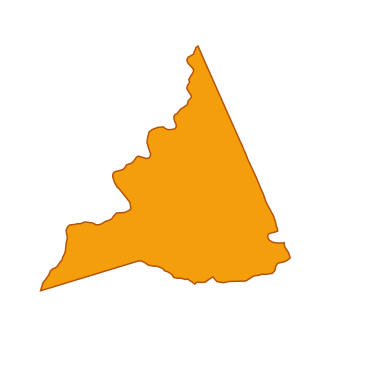 outline of Abel Figueiredo, Pará, Brazil, rotated 288°
{"feature_id": "56859067B3237118646317", "entity_name": "Abel Figueiredo", "entity_type": "district", "adm_level": 2, "iso_a3": "BRA", "parent_name": "Brazil", "parent_adm1": "Pará", "projection": "robinson", "projection_center": [-48.422, -4.963], "detail": "fine", "context": "isolated", "style": "filled", "palette": "amber", "viewbox_px": 384, "rotation_deg": 288, "n_neighbors": 0, "source": "geoboundaries", "source_scale": "gbopen_adm2", "svg_char_len": 2272}
<svg xmlns="http://www.w3.org/2000/svg" viewBox="0 0 384 384"><g transform="rotate(288 192 192)"><path d="M332.7,152.6L330.7,151.1L328.3,151.2L325.8,150.7L323.8,151.0L318.7,146.5L315.9,146.3L314.2,147.4L312.8,149.0L310.4,153.7L308.6,155.9L306.1,156.1L298.0,154.1L296.2,155.6L294.3,155.5L292.0,154.8L288.8,155.1L286.6,157.5L284.0,160.9L281.8,162.2L277.6,160.2L273.4,160.5L267.3,155.6L261.8,153.4L260.2,151.8L258.0,151.5L255.5,152.6L253.7,153.8L251.8,155.7L249.2,157.0L246.6,156.0L244.5,151.9L243.9,149.5L244.0,147.3L245.0,144.6L243.2,140.1L240.3,136.2L238.5,134.4L235.8,132.6L229.9,133.0L225.1,133.9L220.7,136.8L215.8,140.7L213.4,141.2L210.9,140.5L209.8,138.3L209.5,129.8L207.8,128.4L202.8,126.8L200.6,125.4L199.2,123.6L197.7,121.4L195.7,120.9L193.8,120.4L192.0,119.3L189.1,115.1L187.9,112.9L186.3,111.5L184.0,111.3L181.8,112.0L176.9,115.6L173.6,119.3L172.2,122.3L163.4,135.5L161.6,137.0L159.4,137.9L157.5,139.0L155.6,138.4L151.9,134.6L150.9,132.3L148.6,126.6L144.3,124.7L141.8,124.0L140.0,122.4L137.1,118.6L133.9,115.9L131.7,113.0L131.2,110.5L131.7,108.3L131.7,106.1L130.8,101.3L130.2,99.1L127.1,95.3L126.6,93.0L125.2,91.0L122.9,86.0L120.9,84.7L118.4,84.1L116.0,84.3L111.8,86.7L109.0,87.8L104.4,88.2L96.8,89.8L94.3,89.9L89.7,89.2L87.0,89.3L84.8,88.3L79.5,86.8L77.3,85.1L75.6,83.0L73.4,81.9L68.3,81.3L59.3,78.3L51.3,78.5L109.4,161.7L110.8,164.7L110.2,169.2L109.0,172.8L109.5,177.9L110.4,180.9L110.5,184.7L110.1,188.1L108.6,190.2L108.7,192.7L108.2,195.5L107.1,198.8L105.0,201.1L105.5,204.6L106.5,207.7L106.7,210.5L106.7,212.8L108.0,214.5L107.1,217.1L106.5,219.8L105.3,223.1L108.0,224.7L108.7,228.1L109.4,230.3L110.2,232.3L114.0,235.0L117.7,238.2L114.5,243.3L115.4,249.8L118.4,255.0L124.0,270.7L128.1,274.1L130.4,275.9L131.9,277.7L132.8,280.0L135.5,284.1L136.6,287.9L139.5,293.6L142.7,295.0L148.1,294.7L150.8,295.7L153.9,300.9L156.1,303.4L159.6,305.7L163.9,302.8L168.9,296.8L172.3,295.3L171.0,292.7L169.6,287.8L169.2,284.1L170.0,280.6L171.3,278.9L173.7,277.4L176.0,277.9L177.7,280.3L179.8,283.7L181.5,285.6L184.0,284.1L186.1,282.5L190.0,280.2L194.3,277.0L197.0,274.1L203.6,267.2L206.8,264.3L212.2,260.4L216.2,256.6L225.5,248.8L240.6,234.7L245.5,230.9L247.6,228.6L251.3,225.8L255.1,222.1L320.7,163.2L332.7,152.6Z" fill="#f59e0b" stroke="#b45309" stroke-width="1.5"/></g></svg>